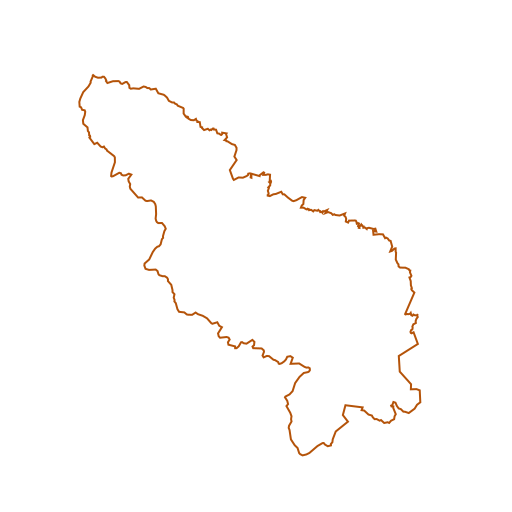 Xicotepec, Puebla, Mexico, rotated 261°
{"feature_id": "50627088B85126164894992", "entity_name": "Xicotepec", "entity_type": "district", "adm_level": 2, "iso_a3": "MEX", "parent_name": "Mexico", "parent_adm1": "Puebla", "projection": "orthographic", "projection_center": [-97.909, 20.332], "detail": "fine", "context": "isolated", "style": "outline", "palette": "amber", "viewbox_px": 512, "rotation_deg": 261, "n_neighbors": 0, "source": "geoboundaries", "source_scale": "gbopen_adm2", "svg_char_len": 6102}
<svg xmlns="http://www.w3.org/2000/svg" viewBox="0 0 512 512"><g transform="rotate(261 256 256)"><path d="M85.8,395.4L97.7,396.7L99.4,393.7L100.1,388.1L105.1,389.1L119.3,379.9L134.9,381.4L143.8,402.1L156.0,399.7L155.3,397.6L155.8,396.9L156.9,396.7L158.6,397.7L159.0,398.9L160.6,399.5L161.8,399.4L163.9,400.7L164.8,403.4L166.8,403.5L169.0,404.7L170.4,406.2L172.3,405.9L173.3,406.8L172.2,405.6L172.7,403.4L173.6,402.3L172.5,401.2L173.2,400.1L175.6,399.9L174.8,399.1L174.7,397.2L175.1,396.2L174.9,394.5L175.3,394.2L195.1,406.7L197.8,404.6L199.1,404.2L199.8,404.9L202.8,404.4L207.0,404.9L210.8,404.2L211.0,405.4L212.1,406.4L215.8,405.5L217.5,406.1L217.9,405.2L219.0,404.9L221.1,401.7L222.0,396.5L223.4,395.2L225.5,395.4L226.7,394.6L230.6,393.5L237.4,394.9L238.4,394.6L241.7,395.1L241.7,393.9L239.8,391.1L239.5,389.3L244.0,392.0L249.9,391.3L250.4,390.0L252.7,388.8L253.8,387.3L253.4,386.3L257.5,384.8L258.3,381.0L258.6,375.4L262.4,375.6L261.3,378.6L263.4,378.3L262.8,377.8L264.3,377.5L264.3,376.4L266.2,372.0L266.1,370.0L265.3,369.6L267.1,368.0L267.1,366.6L268.2,366.9L268.3,366.2L269.7,365.7L269.6,365.0L270.6,364.8L268.7,362.7L267.5,362.6L267.7,362.0L268.4,362.3L269.5,361.4L272.0,362.8L272.6,361.9L272.2,360.6L274.2,360.5L275.3,360.1L275.6,359.3L276.4,353.4L274.6,352.2L276.0,350.1L278.6,350.9L280.5,350.6L282.1,349.4L284.1,350.6L282.9,344.9L284.1,340.8L285.0,339.8L284.6,338.3L286.5,337.0L288.1,334.1L287.5,331.3L290.3,333.5L289.2,329.3L289.8,329.1L289.5,328.3L288.6,328.2L289.2,327.8L289.3,326.3L290.5,326.2L290.8,325.4L291.8,324.8L291.1,323.6L292.2,320.8L291.1,319.5L292.9,317.8L293.0,315.7L293.7,315.9L294.6,314.4L294.0,313.8L294.1,313.2L296.3,310.5L296.7,307.9L298.7,309.1L299.9,310.9L303.8,311.8L305.8,313.7L307.0,310.6L304.8,304.6L304.3,301.7L304.9,300.4L308.8,296.6L312.5,293.6L312.7,292.1L315.5,291.0L314.2,285.4L314.2,282.7L313.0,279.0L313.8,277.0L314.3,277.1L314.3,278.6L314.8,277.7L315.9,278.3L318.5,277.9L320.9,279.2L321.6,278.9L321.7,279.5L322.5,279.5L323.4,281.0L325.6,281.5L326.9,280.6L327.2,281.5L326.4,282.2L326.9,282.5L328.0,282.4L328.0,281.3L334.1,282.6L334.8,280.5L334.6,278.5L335.0,275.9L337.0,277.1L337.5,276.5L335.1,272.1L334.4,272.0L338.0,264.3L334.0,263.7L334.4,263.0L338.1,264.1L338.6,262.8L338.5,261.2L337.3,260.9L336.4,259.2L335.4,255.3L336.3,251.1L334.6,246.0L336.1,245.3L345.0,243.6L353.8,251.9L357.6,250.2L363.6,253.3L365.9,253.7L369.0,252.5L370.3,249.7L373.8,245.7L374.0,244.7L374.9,244.5L375.4,243.1L377.7,246.0L381.2,245.5L381.7,246.0L383.1,241.9L381.8,241.7L381.0,240.7L381.2,240.1L382.6,238.8L383.2,237.0L387.0,236.3L387.5,234.2L388.5,234.1L388.7,233.5L387.5,231.7L388.0,231.3L387.4,229.8L389.2,228.3L388.5,224.4L390.8,222.7L391.5,222.9L392.2,221.4L397.0,221.4L397.5,219.2L398.1,219.5L399.1,218.4L400.8,218.1L399.8,215.8L400.5,212.9L402.2,210.8L404.1,210.5L404.9,208.7L404.3,208.7L404.5,208.5L408.0,206.8L412.8,207.6L413.6,207.2L416.7,202.2L418.1,201.6L419.2,199.8L420.4,199.1L420.8,197.1L422.9,194.2L426.4,192.9L428.8,191.0L429.7,190.1L432.0,185.0L436.9,183.2L436.9,178.1L438.5,176.9L438.9,174.9L440.2,173.5L441.0,171.5L439.4,166.7L440.8,161.0L440.8,158.5L441.9,157.3L444.6,157.5L448.1,155.6L448.2,154.3L446.9,150.8L447.7,149.3L449.6,148.5L450.3,147.4L451.0,142.0L450.1,136.3L452.3,135.2L452.7,135.6L454.9,135.0L456.8,133.9L457.1,132.4L456.4,131.3L456.8,127.8L458.2,125.2L460.2,123.4L459.9,123.0L458.9,122.9L454.2,119.9L453.0,119.8L449.6,117.0L444.9,111.0L439.0,107.1L435.8,105.6L431.1,105.2L430.2,106.5L427.6,107.1L426.7,109.6L425.2,109.9L421.9,108.9L417.3,106.3L413.6,106.1L409.4,109.7L405.8,109.5L404.2,110.4L401.2,110.1L400.9,110.8L399.6,110.9L399.1,110.2L399.7,109.6L391.8,113.8L392.7,116.9L388.4,119.7L387.4,121.5L387.9,122.9L385.8,123.8L384.6,125.1L383.4,125.3L376.7,131.6L375.4,132.0L370.6,131.3L361.0,126.3L357.6,125.4L357.1,125.9L357.2,127.4L359.6,134.0L358.9,135.5L357.3,135.9L356.3,137.5L356.1,139.9L357.2,143.3L355.9,145.6L352.2,141.9L349.6,141.9L346.7,143.0L344.3,142.2L342.1,142.4L332.2,148.7L331.7,152.5L327.9,155.5L327.3,157.0L327.3,161.0L325.5,163.5L323.0,164.6L320.7,164.8L313.0,163.9L308.6,162.7L306.4,162.9L305.0,163.4L303.8,164.6L303.3,168.3L299.7,170.5L297.0,171.1L294.9,169.4L290.1,167.2L288.5,167.1L287.3,165.7L282.4,163.6L280.8,161.7L280.6,160.0L279.1,157.6L276.1,154.7L269.3,150.0L266.0,144.8L264.0,144.2L260.6,144.9L259.0,148.2L258.3,154.8L256.5,156.4L253.4,156.8L252.2,157.5L250.7,160.5L250.3,162.8L248.5,164.8L246.8,165.4L245.0,165.1L240.8,167.8L235.4,168.2L233.4,167.9L231.0,169.5L227.7,168.2L225.3,168.7L223.9,168.3L222.0,169.4L215.7,170.1L212.9,171.3L211.5,176.4L209.1,178.5L208.6,179.9L207.9,183.7L209.6,187.5L207.6,189.6L205.3,194.0L202.1,197.9L196.7,201.3L195.9,202.3L196.6,207.4L192.8,208.8L191.0,211.2L185.5,206.4L182.6,206.6L180.9,207.7L180.6,214.3L179.6,216.2L177.6,216.9L175.2,214.8L172.7,214.9L170.0,221.2L168.2,221.0L168.0,222.4L169.5,224.8L173.1,227.7L173.1,228.8L171.8,230.1L170.9,232.9L173.7,239.3L171.4,241.0L168.2,240.1L167.1,238.4L165.4,238.8L163.8,247.1L161.6,248.9L160.1,248.9L156.6,246.9L154.7,247.7L155.6,251.1L155.0,253.3L150.8,257.0L150.2,258.5L147.8,261.3L146.1,261.6L145.7,262.4L146.1,264.6L147.5,267.4L149.1,269.4L151.6,271.1L151.7,274.3L149.8,276.4L144.1,273.3L143.1,281.8L138.9,286.6L137.9,288.3L137.7,290.3L136.7,291.5L134.9,291.4L133.7,290.4L133.2,289.2L133.0,284.9L129.8,280.1L124.4,274.8L116.8,271.0L114.0,267.4L112.6,263.1L111.9,262.5L108.1,264.2L104.7,264.5L103.0,262.6L95.8,265.3L92.2,266.0L89.3,265.1L87.0,265.2L83.2,262.1L81.1,261.4L78.9,261.9L69.4,261.8L63.1,264.6L59.9,267.0L54.6,267.8L53.4,268.6L51.8,270.8L52.1,274.7L53.1,277.9L58.7,287.0L60.8,292.4L60.7,293.6L59.0,294.6L56.9,297.1L57.2,300.4L58.7,300.6L60.1,302.3L62.9,303.1L70.2,307.3L78.0,320.9L85.3,316.9L94.6,321.0L89.8,337.6L87.2,336.2L86.4,338.7L81.8,342.3L80.3,345.5L78.5,346.1L76.3,347.6L76.1,349.6L74.0,352.4L74.4,353.8L71.0,356.5L71.2,360.0L70.3,361.4L72.2,363.6L73.2,366.9L76.0,367.8L77.9,369.3L84.4,367.8L85.9,368.1L86.2,366.3L87.1,366.1L87.4,367.3L90.3,368.9L89.3,370.8L85.8,371.7L83.1,373.1L82.1,375.1L79.2,377.2L78.9,378.7L77.0,382.3L80.4,388.8L83.9,391.8L85.8,395.4Z" fill="none" stroke="#b45309" stroke-width="2"/></g></svg>